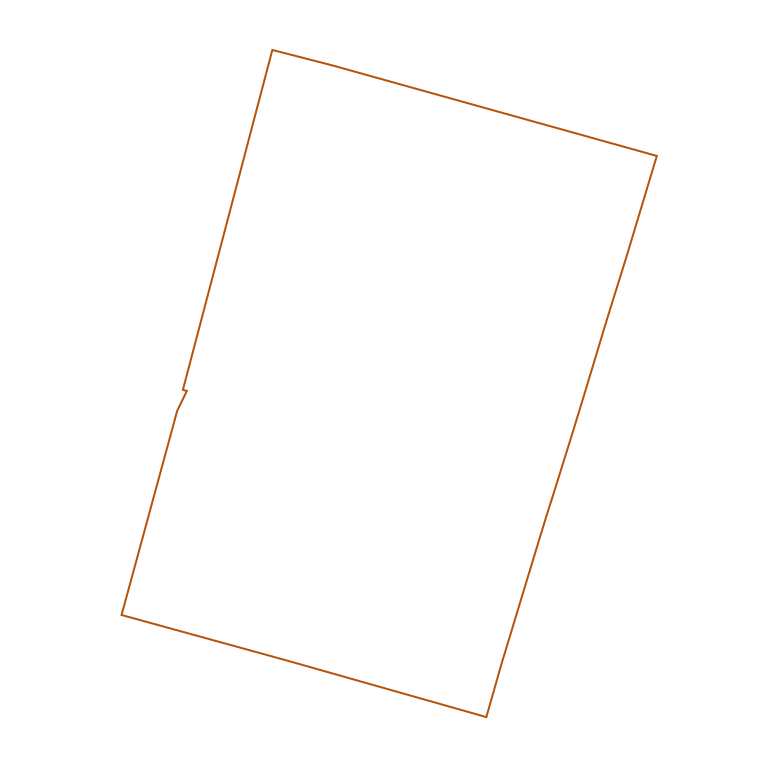 the district of Darke, Ohio, United States of America, rotated 196°
{"feature_id": "52423323B38982554043434", "entity_name": "Darke", "entity_type": "district", "adm_level": 2, "iso_a3": "USA", "parent_name": "United States of America", "parent_adm1": "Ohio", "projection": "albers", "projection_center": [-84.709, 40.136], "detail": "fine", "context": "isolated", "style": "outline", "palette": "amber", "viewbox_px": 768, "rotation_deg": 196, "n_neighbors": 0, "source": "geoboundaries", "source_scale": "gbopen_adm2", "svg_char_len": 487}
<svg xmlns="http://www.w3.org/2000/svg" viewBox="0 0 768 768"><g transform="rotate(196 384 384)"><path d="M575.4,301.1L572.6,89.6L403.5,91.4L193.8,92.0L193.9,149.4L193.7,159.7L192.1,265.7L191.5,300.2L191.3,307.9L191.3,308.0L190.8,324.3L189.2,393.0L189.2,395.7L188.7,422.4L188.4,442.0L187.6,500.8L187.2,520.6L186.3,559.8L186.0,572.9L184.8,664.3L184.7,671.8L184.6,678.4L522.0,676.0L583.4,674.3L575.7,322.9L571.6,323.0L575.4,301.1Z" fill="none" stroke="#b45309" stroke-width="2"/></g></svg>